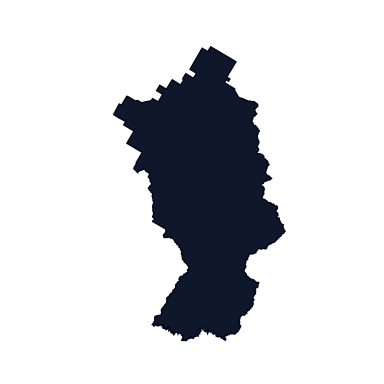 outline of Cessnock, New South Wales, Australia, rotated 291°
{"feature_id": "25037944B68071810644037", "entity_name": "Cessnock", "entity_type": "district", "adm_level": 2, "iso_a3": "AUS", "parent_name": "Australia", "parent_adm1": "New South Wales", "projection": "mercator", "projection_center": [151.046, -32.894], "detail": "fine", "context": "isolated", "style": "filled", "palette": "ink", "viewbox_px": 384, "rotation_deg": 291, "n_neighbors": 0, "source": "geoboundaries", "source_scale": "gbopen_adm2", "svg_char_len": 6016}
<svg xmlns="http://www.w3.org/2000/svg" viewBox="0 0 384 384"><g transform="rotate(291 192 192)"><path d="M233.2,261.3L234.4,258.3L234.4,256.7L235.0,255.1L236.5,253.5L242.9,253.2L244.0,253.4L245.0,254.1L247.0,251.8L247.8,251.5L248.0,250.3L248.8,249.0L249.3,246.6L251.0,246.3L251.9,244.3L252.0,241.5L251.5,240.5L251.4,239.4L252.1,238.2L255.1,239.2L256.3,238.4L257.4,236.4L261.1,236.7L263.1,236.4L264.8,234.4L267.9,232.6L270.1,232.8L271.4,232.2L272.6,233.0L273.3,232.7L273.6,231.7L274.8,230.6L276.6,227.4L276.2,226.6L277.2,224.8L278.6,223.6L279.0,222.4L282.3,222.4L284.5,221.9L285.3,223.2L285.7,222.9L286.9,223.9L288.3,224.3L288.6,223.4L290.2,221.5L291.7,221.1L292.2,220.3L292.6,221.1L295.6,222.6L297.3,221.8L298.5,217.8L298.3,216.6L297.5,215.8L297.7,213.7L297.4,212.9L296.6,211.9L297.2,211.0L296.7,209.6L297.3,208.2L296.3,207.4L297.2,206.6L297.4,205.1L297.1,204.2L296.3,204.0L296.9,203.7L297.1,201.9L297.5,201.0L302.2,195.1L304.2,194.6L302.6,194.3L302.9,193.1L303.8,193.2L305.7,183.0L309.1,183.5L308.6,186.4L311.0,186.8L311.6,183.2L329.3,186.3L334.2,157.5L328.7,156.5L329.8,150.0L305.9,146.2L304.5,153.7L298.6,152.6L300.2,143.8L294.3,142.8L294.0,144.2L287.8,143.1L289.6,133.4L278.7,131.3L280.0,123.7L274.0,122.7L272.8,129.7L264.0,128.3L265.0,121.8L263.4,121.4L262.0,120.5L258.7,115.1L257.1,113.3L257.9,108.4L256.6,106.5L258.1,97.8L257.9,96.9L247.7,95.1L248.0,92.6L236.3,91.1L235.2,96.6L234.1,105.0L230.2,104.3L228.2,116.1L214.2,113.8L211.2,131.4L199.4,129.5L199.3,130.1L193.5,129.2L193.4,130.2L192.4,130.1L192.2,131.4L190.7,134.3L191.7,134.2L192.2,134.9L193.3,135.3L194.3,137.1L195.5,137.9L196.3,139.3L196.2,140.1L194.9,141.5L194.7,142.8L195.0,144.3L194.5,144.4L193.9,145.8L192.3,146.3L191.4,145.8L190.2,146.0L190.0,147.1L189.1,147.8L189.1,148.6L186.9,149.2L186.7,150.1L185.3,151.2L184.1,151.6L182.4,150.5L181.3,150.5L180.2,149.9L179.7,150.9L178.7,151.2L178.2,152.7L178.3,153.4L177.1,154.0L177.5,155.4L173.5,156.6L171.1,158.4L169.7,158.9L169.2,160.1L168.2,160.5L167.4,160.2L165.6,160.5L165.2,160.2L164.2,160.9L163.4,160.9L162.3,161.7L161.2,161.9L158.0,164.2L155.0,164.1L154.2,165.0L153.9,165.9L152.3,167.1L151.7,167.1L150.9,165.7L150.4,165.9L148.1,180.8L146.0,181.8L144.0,181.8L142.0,180.9L141.3,180.9L140.1,181.7L139.6,182.4L141.3,186.3L142.2,187.1L141.5,188.5L142.0,188.9L142.1,189.6L141.6,190.0L141.8,191.5L140.8,192.3L140.3,193.8L139.2,194.0L139.2,195.1L137.7,197.0L137.6,198.2L137.2,199.0L135.9,199.7L135.7,201.1L133.6,202.7L133.4,203.7L132.2,204.2L131.0,204.0L130.0,205.0L125.5,207.6L125.8,208.8L124.0,209.8L123.1,213.0L122.3,213.7L120.6,216.5L119.8,216.3L118.7,216.5L118.0,215.8L117.2,215.8L116.2,217.0L115.1,217.2L114.3,215.5L112.9,215.1L112.2,214.0L110.2,214.0L109.7,212.7L108.8,211.6L107.8,211.1L105.9,211.2L105.3,212.2L104.4,212.4L102.8,210.9L101.5,211.1L100.9,210.6L99.6,210.1L97.0,211.1L95.7,210.6L94.9,210.8L94.0,209.9L92.9,209.6L91.2,210.1L90.4,209.6L90.2,208.9L89.1,208.7L88.2,208.1L87.0,208.2L84.2,206.5L83.2,206.6L81.9,207.6L78.8,208.0L77.0,207.2L74.7,206.8L73.7,206.2L70.8,205.7L68.5,207.0L66.1,207.3L63.1,202.7L62.0,202.1L58.1,203.5L54.0,202.6L54.0,203.2L53.2,204.5L55.2,205.9L54.8,207.2L56.0,207.5L55.1,208.2L55.3,209.0L56.6,209.3L57.2,210.0L56.3,211.0L56.3,211.7L57.9,212.6L54.7,213.5L54.6,214.5L55.5,215.7L54.5,216.2L54.3,217.1L55.1,217.9L57.0,218.5L57.3,219.2L54.2,220.1L55.4,221.5L55.5,222.1L54.5,222.2L53.3,222.8L53.3,225.0L52.3,226.1L52.9,226.3L54.6,224.8L54.9,225.9L53.8,226.8L55.7,226.4L55.6,227.8L56.0,228.9L54.5,229.8L55.9,230.2L56.0,232.4L54.8,233.5L54.6,234.3L54.7,235.2L53.3,235.3L52.3,236.4L51.0,235.5L50.0,235.6L49.8,235.9L51.1,238.4L51.1,239.6L51.5,240.1L53.5,240.5L54.1,241.8L54.6,242.2L56.2,241.7L56.5,242.7L55.4,243.3L55.9,244.6L55.7,245.4L58.4,246.2L58.7,247.5L59.6,247.7L59.7,249.3L60.3,249.3L61.5,248.2L62.6,249.9L64.2,249.4L65.4,250.2L66.6,249.2L67.1,248.1L68.5,249.1L67.6,250.9L68.0,251.4L69.3,252.1L69.4,253.4L67.6,253.6L67.0,252.9L66.5,254.5L68.2,254.7L69.2,256.3L67.5,255.8L65.6,257.2L67.7,257.4L68.4,258.9L67.8,260.1L69.4,260.4L69.7,260.8L69.0,262.1L67.9,261.9L67.2,262.3L67.1,263.0L68.6,264.7L66.1,266.4L66.3,268.6L67.7,270.0L66.2,271.7L67.1,272.3L67.2,272.8L66.0,273.9L65.6,276.1L66.3,276.3L67.1,275.9L67.9,274.4L69.6,274.5L70.6,275.9L72.0,276.7L72.2,277.8L74.4,278.7L73.8,279.8L74.3,280.5L74.7,282.8L78.6,284.8L83.9,285.6L85.7,283.4L87.9,282.9L89.6,281.7L90.7,282.1L92.3,281.5L93.8,282.3L94.8,282.3L95.5,283.4L95.7,284.8L96.5,285.4L97.4,285.3L98.4,286.5L99.7,286.0L101.3,286.2L101.7,287.2L102.6,287.8L103.9,287.7L104.6,288.4L105.1,288.0L106.7,289.2L109.4,289.2L111.8,287.7L113.5,288.5L114.4,287.1L116.5,286.2L117.3,287.0L118.5,286.9L119.8,287.7L120.7,287.1L122.5,286.8L122.6,286.1L123.0,285.9L125.3,285.9L127.0,287.5L128.8,286.7L130.7,286.8L131.4,286.6L130.7,285.0L130.7,284.1L131.9,281.3L132.1,280.0L131.6,279.1L131.7,277.4L132.1,277.1L132.4,275.2L133.2,274.4L133.0,273.3L134.7,272.0L136.5,268.7L139.2,268.5L140.7,269.1L142.6,268.5L142.9,267.6L143.3,267.4L144.8,267.5L147.6,266.7L149.0,268.0L150.7,267.3L152.5,267.9L154.5,267.4L156.2,271.1L157.4,272.0L158.1,273.3L159.0,273.0L161.8,273.9L162.8,273.5L163.4,274.8L163.3,275.8L163.7,277.2L165.0,278.8L165.4,281.2L166.5,281.7L168.0,281.5L170.8,282.5L171.9,284.2L173.9,285.5L174.9,286.9L181.6,289.8L182.8,290.7L184.8,290.9L185.6,291.3L186.3,292.3L187.7,292.4L188.6,292.9L189.5,292.0L189.6,290.9L190.7,290.6L192.4,289.0L194.0,289.0L194.1,287.1L194.9,285.8L194.8,285.1L195.6,285.1L198.0,283.0L198.8,282.7L198.3,281.0L198.9,280.4L200.0,279.9L200.9,280.5L201.8,280.2L203.0,279.3L203.1,278.1L204.6,276.9L205.3,276.8L206.9,277.6L208.5,277.1L209.1,276.5L209.3,275.8L208.5,274.8L209.2,273.2L209.8,272.7L209.3,271.6L210.0,268.9L209.9,268.1L209.3,267.5L209.2,266.6L210.1,265.7L210.6,264.1L211.0,262.0L210.7,259.4L211.7,259.5L212.6,259.1L213.8,259.5L214.7,259.0L215.9,259.7L218.4,258.4L219.6,258.7L220.3,258.1L221.0,258.2L222.3,256.8L222.9,254.4L223.5,253.7L224.0,253.7L224.5,253.9L225.7,255.4L227.6,255.5L228.3,256.3L228.9,257.5L230.3,258.4L231.2,260.3L233.2,261.3Z" fill="#0f172a" stroke="#020617" stroke-width="1.5"/></g></svg>